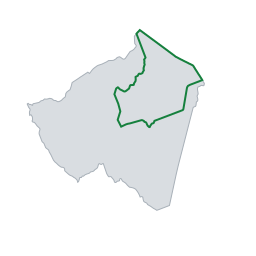 location of Tamanghasset within Algeria, rotated 249°
{"feature_id": "DZA-2189", "entity_name": "Tamanghasset", "entity_type": "Province", "adm_level": 1, "iso_a3": "DZA", "parent_name": "Algeria", "parent_adm1": "", "projection": "mercator", "projection_center": [6.568, 24.092], "detail": "fine", "context": "in_parent", "style": "outline", "palette": "green", "viewbox_px": 256, "rotation_deg": 249, "n_neighbors": 0, "source": "natural_earth", "source_scale": "10m", "svg_char_len": 6697}
<svg xmlns="http://www.w3.org/2000/svg" viewBox="0 0 256 256"><g transform="rotate(249 128 128)"><path d="M186.5,42.5L186.7,43.0L186.8,43.6L186.0,44.0L185.4,44.3L184.8,45.7L183.6,46.6L183.4,46.9L183.4,47.1L184.2,47.5L184.5,47.9L184.6,48.5L184.3,50.3L183.8,53.7L183.8,54.4L184.1,55.2L184.4,55.9L184.5,56.7L184.3,58.5L184.7,59.6L185.0,60.6L184.3,61.8L184.0,62.9L183.8,64.4L183.8,65.4L183.3,66.3L182.7,67.2L182.1,67.7L181.3,68.1L180.3,68.7L179.6,70.3L177.9,71.6L177.6,72.1L177.4,73.2L177.5,74.6L177.7,75.8L178.5,77.5L179.2,79.4L179.4,80.3L179.7,80.7L180.6,81.3L182.3,82.2L182.6,82.5L183.5,83.8L184.2,86.1L184.5,87.6L187.4,90.0L190.3,92.0L190.5,92.3L192.0,99.3L192.6,101.7L194.5,110.5L193.7,111.0L192.7,111.6L193.4,112.8L194.7,114.8L195.5,116.3L195.8,117.0L196.4,118.9L196.9,120.8L197.1,121.4L197.2,122.8L197.0,126.7L197.4,131.7L197.9,134.1L197.1,136.3L196.4,138.5L196.5,139.5L196.8,141.2L197.2,142.4L197.7,143.0L197.6,145.1L197.4,145.8L195.9,146.9L194.3,147.9L193.8,148.7L193.7,149.6L193.9,150.4L198.6,157.3L198.7,158.0L198.8,159.9L199.6,162.3L200.4,163.4L200.7,164.2L201.3,164.8L201.9,165.2L202.3,165.2L204.4,164.6L207.9,165.6L211.3,166.8L211.5,167.0L213.5,170.7L215.2,174.1L177.3,198.2L173.1,201.9L163.4,210.8L162.7,211.2L149.8,213.8L143.2,215.1L142.8,215.2L142.5,215.2L142.2,215.2L141.6,214.9L140.9,214.4L140.5,214.1L140.4,213.7L140.6,213.2L141.0,212.7L141.1,212.3L141.3,212.0L141.6,211.7L141.6,211.4L141.4,210.8L141.2,210.0L141.2,208.6L141.2,208.0L140.6,207.4L139.4,206.8L138.3,206.5L137.8,206.4L136.7,206.2L135.0,205.8L134.4,205.5L133.4,204.2L132.9,203.9L130.4,203.6L129.6,203.4L128.9,203.1L128.4,202.7L128.0,202.0L127.9,201.4L127.7,201.1L125.0,199.7L124.3,199.2L124.0,198.7L124.0,198.1L124.0,197.2L123.9,196.5L123.8,196.2L76.0,162.2L73.4,160.4L67.5,156.4L40.8,138.9L40.8,126.1L40.9,125.5L41.0,125.2L41.9,124.7L43.2,123.6L43.7,123.1L44.3,122.7L46.6,121.2L47.1,120.8L49.2,119.1L49.7,118.8L50.9,118.7L51.4,118.4L52.1,117.7L53.0,116.9L53.7,116.5L53.8,116.5L54.2,116.4L56.2,116.6L57.1,116.8L58.1,117.0L58.4,116.9L58.7,116.6L59.1,116.1L59.2,115.4L59.2,114.9L59.2,114.6L59.4,114.5L59.9,114.6L60.4,114.6L61.7,114.6L62.1,114.5L63.4,114.4L65.4,114.0L68.1,113.2L69.4,112.2L70.4,111.1L71.4,109.6L72.2,108.2L73.8,107.4L75.1,106.8L75.9,106.6L77.6,105.9L80.5,103.8L82.9,103.5L83.2,103.3L83.5,103.0L83.5,102.3L83.1,101.9L82.6,101.6L82.3,101.4L81.9,101.3L81.8,101.0L81.9,100.4L81.9,99.9L82.1,99.4L82.1,98.6L81.7,97.9L81.6,97.4L81.6,96.8L81.8,96.4L82.3,96.1L82.9,96.0L83.7,96.2L85.1,96.0L88.7,94.7L88.9,94.3L89.1,93.4L89.4,92.6L89.8,92.4L90.0,92.3L92.8,91.8L93.5,91.8L98.8,92.0L103.4,92.2L103.8,92.0L103.8,91.4L103.5,90.4L103.7,89.7L104.3,89.1L105.1,88.4L104.7,87.5L104.1,87.0L103.2,86.3L102.7,86.0L101.9,85.2L101.4,84.3L101.0,82.3L100.4,81.2L100.0,79.8L100.4,77.3L99.7,75.8L99.7,75.1L99.7,74.4L99.8,73.0L99.7,71.1L99.0,69.2L99.3,68.5L99.5,68.2L99.4,67.9L98.8,67.2L98.5,66.7L98.7,66.2L99.0,65.5L99.0,65.2L97.9,64.4L96.1,63.0L95.6,62.4L95.4,61.6L97.1,61.8L98.0,61.7L100.0,60.8L101.6,59.5L102.8,58.9L104.0,57.6L104.9,56.7L106.4,55.8L110.5,53.7L111.2,53.7L112.5,54.2L113.7,54.0L114.5,53.3L115.4,51.6L116.8,50.6L118.5,49.6L120.8,48.6L122.3,47.7L124.7,46.9L130.8,46.4L133.9,45.9L136.0,46.0L138.2,44.6L139.2,44.1L143.9,44.0L146.0,42.9L154.3,42.9L155.3,43.3L156.3,43.8L158.0,45.2L158.8,45.5L159.9,45.2L162.5,43.9L165.3,43.2L166.9,42.5L167.6,41.3L168.9,40.9L169.7,41.8L172.6,42.7L174.4,42.4L175.2,42.1L175.0,40.8L176.9,41.2L178.4,41.8L179.9,43.1L180.9,43.3L182.8,42.7L186.5,42.5Z" fill="#d9dde1" stroke="#a8b0b8" stroke-width="1"/><path d="M215.2,174.1L214.6,174.5L214.0,174.9L213.5,175.2L212.9,175.6L212.3,176.0L211.7,176.3L211.2,176.7L210.6,177.1L210.0,177.4L209.4,177.8L208.9,178.2L208.3,178.5L207.7,178.9L207.1,179.3L206.6,179.6L206.0,180.0L205.4,180.4L204.8,180.7L204.3,181.1L203.7,181.5L203.1,181.8L202.5,182.2L202.0,182.6L201.4,182.9L200.8,183.3L200.3,183.7L199.7,184.0L199.1,184.4L198.5,184.8L198.0,185.1L197.4,185.5L196.8,185.9L196.2,186.2L195.7,186.6L195.1,187.0L194.5,187.3L193.9,187.7L193.4,188.1L192.8,188.4L192.2,188.8L191.6,189.2L191.1,189.5L190.5,189.9L189.9,190.3L189.3,190.6L188.8,191.0L188.2,191.4L187.6,191.7L187.0,192.1L186.5,192.5L185.9,192.8L185.3,193.2L184.7,193.5L184.2,193.9L183.6,194.3L183.0,194.6L182.4,195.0L181.9,195.4L181.3,195.7L180.7,196.1L180.1,196.5L179.6,196.8L179.0,197.2L178.4,197.5L177.3,198.2L176.5,199.0L175.9,199.5L175.3,200.0L174.7,200.5L174.1,201.1L173.4,201.6L173.1,201.9L172.6,202.4L172.1,202.9L171.5,203.4L171.0,203.8L170.5,204.3L169.9,204.8L169.4,205.3L168.9,205.8L168.3,206.3L167.8,206.8L167.3,207.3L166.7,207.7L166.2,208.2L165.7,208.7L165.2,209.2L164.6,209.7L164.1,210.2L163.4,210.8L163.1,211.0L162.7,211.2L161.6,211.4L160.7,211.6L158.9,211.9L157.0,212.3L156.2,212.5L154.6,212.8L153.0,213.1L151.4,213.5L149.8,213.8L148.4,214.1L146.9,214.4L146.1,214.5L146.1,201.2L145.8,199.1L145.2,198.2L144.3,197.4L125.7,186.4L125.3,185.8L125.1,185.5L125.2,155.3L125.1,155.2L123.6,153.9L123.5,153.7L123.4,153.4L123.5,152.5L123.5,152.0L123.5,151.8L123.4,151.6L123.3,151.4L121.9,149.4L121.2,148.8L121.1,148.6L121.2,148.3L121.3,148.1L121.8,147.8L122.4,147.6L123.0,147.2L123.8,147.1L124.2,147.1L124.4,147.1L124.7,147.0L125.9,147.0L126.0,147.0L126.7,146.8L126.9,146.7L127.1,146.6L127.3,146.3L127.8,145.6L128.0,145.5L128.9,145.3L129.0,145.3L129.6,144.7L129.8,144.5L130.2,144.1L130.3,143.9L130.4,143.6L130.5,143.4L131.6,131.4L132.0,129.3L132.1,127.4L131.7,122.1L139.3,121.3L146.3,126.8L154.2,127.6L164.4,127.4L168.6,130.7L169.1,131.2L169.4,132.0L169.6,133.1L169.2,133.4L167.0,134.3L164.9,136.3L164.2,136.8L163.7,137.3L163.4,137.7L163.2,138.5L163.4,139.7L164.4,142.9L164.4,143.0L164.5,143.2L164.9,143.5L166.5,144.8L166.8,145.1L167.0,145.4L167.1,145.7L167.1,145.8L167.1,146.0L166.4,147.9L166.3,148.1L166.3,148.3L166.3,148.6L166.3,148.9L166.4,149.0L167.3,149.4L167.4,149.5L169.2,151.9L169.3,152.0L170.3,152.4L170.5,152.6L170.8,152.7L172.9,153.3L173.0,153.5L173.1,153.9L173.2,155.7L174.2,156.9L174.4,157.1L174.5,157.3L174.6,157.5L174.7,157.8L174.7,158.0L174.2,158.7L174.2,158.8L174.0,159.2L174.0,159.3L174.0,160.4L174.1,161.1L174.3,161.4L174.4,161.5L175.0,161.9L175.1,162.0L175.5,162.6L175.7,162.9L175.8,163.0L176.1,163.3L176.3,163.4L176.3,163.5L176.7,163.6L177.1,163.6L177.4,163.6L177.5,163.6L177.8,163.8L178.0,163.9L178.1,164.0L178.3,164.1L178.5,164.1L178.8,164.3L179.0,164.5L179.5,164.9L179.8,165.0L180.4,165.6L180.5,165.6L180.7,165.8L180.9,166.0L181.0,166.1L181.3,166.3L181.9,166.4L182.3,166.4L182.5,166.4L183.1,166.6L183.4,166.8L183.6,166.9L183.8,166.9L184.2,167.2L185.0,167.4L185.7,167.5L185.9,167.5L186.0,167.5L186.3,167.8L186.8,168.7L187.0,169.0L187.2,169.3L187.4,169.5L187.5,169.6L213.0,169.7L214.0,171.6L214.5,172.8L215.2,174.1Z" fill="none" stroke="#15803d" stroke-width="2"/></g></svg>